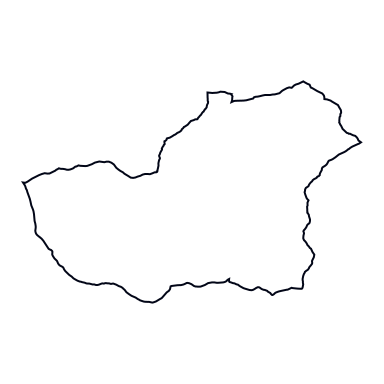 Azuga, Prahova, Romania
{"feature_id": "2599482B34904823989657", "entity_name": "Azuga", "entity_type": "district", "adm_level": 2, "iso_a3": "ROU", "parent_name": "Romania", "parent_adm1": "Prahova", "projection": "equal_earth", "projection_center": [25.628, 45.455], "detail": "fine", "context": "isolated", "style": "outline", "palette": "ink", "viewbox_px": 384, "rotation_deg": 0, "n_neighbors": 0, "source": "geoboundaries", "source_scale": "gbopen_adm2", "svg_char_len": 5962}
<svg xmlns="http://www.w3.org/2000/svg" viewBox="0 0 384 384"><path d="M361.0,142.3L358.5,140.5L358.1,139.7L357.7,138.7L356.9,137.5L355.3,135.9L352.9,135.2L349.9,133.7L348.9,133.8L348.1,133.2L347.1,133.0L346.6,132.7L342.5,128.8L342.2,128.0L340.9,125.4L340.2,124.6L339.8,123.4L339.2,122.6L339.4,121.6L339.3,120.6L339.6,117.1L340.3,116.2L340.4,114.0L341.1,112.8L341.1,111.9L340.9,110.3L340.6,109.7L339.1,107.2L338.0,105.1L331.7,101.4L330.6,100.6L327.0,99.4L324.4,99.1L324.3,97.0L323.9,95.5L322.3,93.5L317.3,91.1L312.4,88.2L310.8,87.5L309.6,84.7L307.2,83.7L304.2,82.0L303.3,81.4L298.6,83.7L295.9,84.5L294.2,85.4L291.7,87.8L289.2,87.4L286.8,88.2L283.1,90.2L281.9,91.0L279.5,93.2L274.8,94.4L272.7,94.5L270.1,95.0L265.0,95.0L262.5,95.5L260.2,96.1L257.8,96.6L255.5,96.8L254.0,97.3L253.2,98.5L246.2,100.3L243.3,100.6L235.6,100.8L234.0,101.0L231.5,102.1L232.1,100.3L232.3,97.2L232.5,96.5L232.3,95.9L231.5,94.9L231.3,94.6L231.3,94.3L231.5,94.1L230.1,93.7L227.9,93.5L224.7,92.0L221.7,91.8L220.4,91.7L218.8,92.3L216.8,92.7L213.3,92.9L212.6,93.0L207.5,92.5L207.6,97.8L207.7,98.6L207.7,100.6L207.8,101.2L208.1,101.7L208.0,103.1L207.2,104.6L206.8,106.0L206.6,107.4L205.6,108.8L204.9,109.3L204.8,109.7L204.3,110.2L203.6,111.6L202.9,112.0L201.8,113.4L201.1,114.7L200.0,115.7L198.9,117.1L198.3,117.6L197.4,119.2L196.7,119.3L195.3,119.3L193.8,120.1L190.9,121.0L190.1,121.9L189.7,122.3L187.7,124.7L184.5,126.8L183.9,127.0L183.2,128.1L181.8,129.3L181.4,130.4L180.3,131.4L178.8,132.3L177.3,132.9L176.4,133.7L175.3,134.5L174.1,135.0L172.3,136.2L169.7,137.7L167.2,138.3L166.8,138.5L166.6,139.6L166.2,140.1L165.2,141.0L164.5,141.2L164.4,141.6L164.5,142.9L164.7,144.0L164.5,144.3L163.8,144.9L163.6,145.7L162.7,146.8L162.3,147.7L162.0,148.1L161.8,148.5L162.0,149.2L162.0,149.6L160.3,152.6L159.9,154.0L159.4,155.0L159.1,155.7L159.2,156.3L159.9,158.0L159.9,158.4L159.6,159.2L159.1,160.1L158.8,161.4L158.4,163.3L158.5,165.7L158.2,167.0L158.0,168.0L157.6,169.6L157.4,171.1L156.9,171.3L157.0,171.9L156.2,172.3L154.7,172.3L152.4,173.3L149.9,174.2L147.8,174.0L145.0,174.0L142.6,174.6L140.4,175.8L137.6,176.6L135.4,177.5L133.1,177.9L130.7,177.6L128.4,176.1L124.4,173.7L122.9,172.3L120.5,171.0L118.5,169.6L116.3,167.8L113.9,164.5L111.4,162.7L108.9,161.7L106.4,161.7L104.3,162.2L99.3,161.5L94.9,162.6L91.9,164.2L87.2,165.9L85.5,166.1L80.2,165.8L78.5,165.4L76.4,166.5L75.4,166.6L74.3,167.4L73.4,168.2L71.8,168.9L70.1,169.5L68.2,169.8L66.7,169.7L65.0,169.2L63.1,168.9L61.7,168.9L60.1,168.7L58.9,168.3L57.4,169.3L56.5,169.6L55.2,170.7L49.5,173.5L47.5,173.6L44.7,173.2L41.9,174.0L39.1,175.1L32.1,178.6L27.5,181.7L25.3,182.8L23.0,182.5L24.8,185.3L25.3,186.3L26.0,188.7L26.7,189.8L27.0,190.7L27.3,191.9L29.8,198.8L30.5,201.6L31.3,205.4L33.0,209.6L33.5,211.3L34.0,214.2L34.6,221.0L35.3,223.6L35.7,226.2L35.7,227.8L35.3,230.7L35.5,232.0L36.0,233.5L36.6,234.4L37.4,235.3L41.5,238.6L43.3,240.7L48.6,248.8L49.6,249.4L51.1,250.0L52.2,251.1L52.4,251.7L52.3,253.6L52.2,254.1L52.4,255.0L53.0,256.2L54.5,258.5L56.5,260.4L57.1,261.1L58.1,263.5L59.0,264.7L59.7,265.4L62.7,267.0L63.4,267.8L64.1,269.4L65.3,271.1L69.2,274.9L71.7,276.6L73.4,278.3L74.5,279.0L77.5,280.7L79.9,281.6L80.9,281.7L81.9,282.1L84.7,282.7L86.1,283.3L86.9,283.5L89.4,283.6L92.7,284.5L94.1,284.4L96.0,285.0L97.4,285.0L98.8,284.7L101.5,283.6L102.4,283.4L103.9,283.6L105.3,283.1L105.9,283.1L107.1,283.3L109.2,283.4L110.7,283.9L111.3,283.9L112.6,283.6L113.4,283.6L116.3,284.7L118.8,286.1L120.9,286.8L122.6,287.9L123.0,288.4L124.7,289.9L126.4,292.2L128.8,294.0L131.5,295.8L135.7,297.6L137.7,299.0L139.3,299.8L140.0,300.3L142.3,301.1L143.9,301.6L145.5,301.8L149.2,301.9L152.3,302.6L153.3,302.4L155.9,301.5L160.4,298.8L161.4,298.3L162.0,297.8L166.7,292.4L168.9,290.8L170.0,289.2L170.6,286.4L171.4,286.0L177.7,285.2L181.0,285.1L183.5,284.5L185.5,283.6L186.6,283.0L187.5,282.9L189.1,283.2L191.5,284.2L194.0,286.0L195.6,286.5L196.6,286.5L197.9,286.7L200.6,286.6L204.9,285.0L208.1,283.1L212.0,282.4L214.3,282.4L216.8,282.8L218.0,282.8L223.2,282.4L224.8,282.0L226.5,281.1L227.3,280.1L227.8,279.7L229.1,279.0L229.0,279.8L229.1,281.2L229.2,281.6L229.6,282.0L231.3,282.5L232.8,283.1L234.6,283.4L236.3,284.3L238.0,284.7L239.6,286.0L241.2,286.9L243.4,288.1L244.5,288.5L249.5,290.0L251.7,290.2L252.5,290.0L253.4,289.7L255.4,288.5L256.1,288.0L257.6,287.3L258.0,287.2L259.1,287.3L260.0,287.8L261.6,289.0L263.6,289.8L264.7,289.9L267.3,290.9L267.8,291.6L270.3,293.0L270.9,293.9L271.9,294.9L272.6,295.0L273.9,294.2L274.9,293.2L275.5,292.7L277.5,291.9L279.0,291.4L281.6,290.8L286.8,289.7L287.6,289.7L291.6,287.8L292.7,288.1L297.4,288.6L301.3,288.8L302.0,288.6L302.3,288.2L302.7,287.1L303.2,284.3L302.9,282.8L302.9,281.1L302.7,280.6L302.6,279.0L303.2,276.0L303.9,274.0L304.7,272.7L304.9,271.9L306.5,270.6L307.7,269.9L308.3,269.2L309.0,268.1L309.1,267.6L309.4,267.1L311.0,265.2L312.1,263.7L312.2,262.5L312.0,261.3L312.1,260.7L313.8,257.3L314.3,254.6L312.5,252.0L311.0,248.7L309.8,247.9L308.9,246.5L307.4,245.0L307.1,244.2L306.2,242.6L305.0,241.1L304.1,240.3L303.5,239.0L303.3,238.5L303.3,237.4L303.5,235.4L304.0,233.5L303.8,232.3L303.4,231.4L303.5,231.0L303.8,230.4L304.9,229.2L306.2,227.4L307.2,225.1L307.9,224.3L309.3,223.3L309.8,222.0L310.0,220.8L310.0,219.4L309.0,216.3L308.8,214.8L307.6,212.9L307.3,212.7L307.5,212.1L307.2,211.0L307.3,210.3L307.1,206.6L307.6,205.4L307.5,204.0L307.5,202.6L308.5,200.3L307.3,199.1L306.5,197.9L305.1,194.0L305.0,193.5L304.6,192.3L304.7,191.8L305.0,191.0L305.1,189.5L305.7,188.2L305.9,187.9L308.3,186.3L308.6,185.9L309.0,184.8L309.5,184.0L310.7,182.5L312.1,181.3L312.7,180.2L314.1,179.1L315.8,178.3L316.9,177.5L317.2,176.8L317.9,176.4L318.7,176.2L319.1,175.8L319.8,175.0L319.7,174.5L319.8,174.0L320.2,172.9L321.8,170.0L321.9,168.6L322.4,167.5L323.1,167.0L325.2,165.7L326.5,164.6L327.2,163.6L328.5,161.1L329.1,160.6L331.1,159.9L332.6,159.2L335.4,157.3L338.9,154.5L344.2,152.1L345.8,151.2L347.9,149.6L348.1,149.3L349.1,148.9L350.2,147.9L352.3,146.6L357.8,144.1L359.1,143.6L361.0,142.3Z" fill="none" stroke="#020617" stroke-width="2"/></svg>